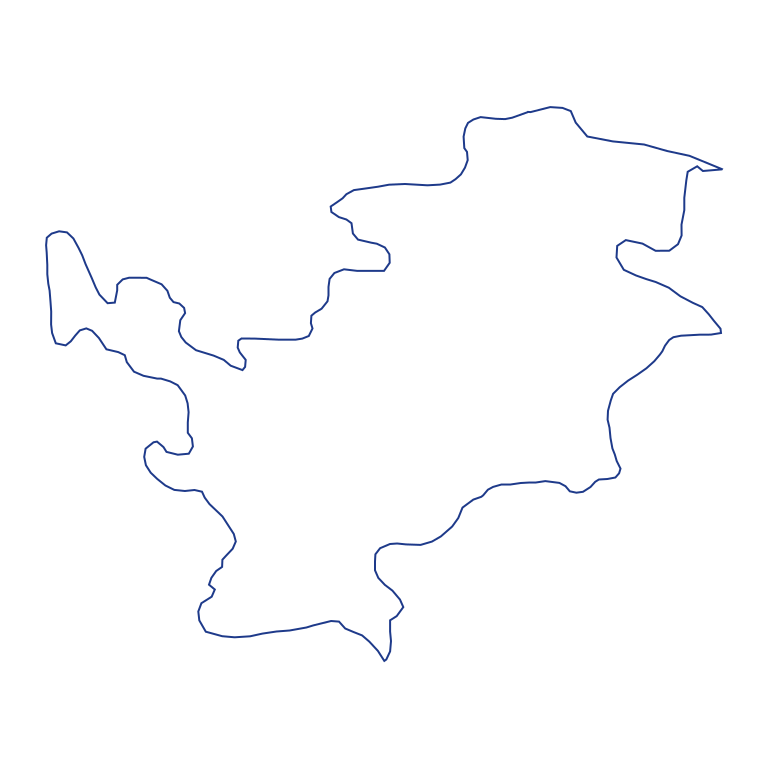 Chachersk, Gomel, Belarus (Albers equal-area conic projection)
{"feature_id": "67162791B26710857863794", "entity_name": "Chachersk", "entity_type": "district", "adm_level": 2, "iso_a3": "BLR", "parent_name": "Belarus", "parent_adm1": "Gomel", "projection": "albers", "projection_center": [30.949, 52.928], "detail": "fine", "context": "isolated", "style": "outline", "palette": "blue", "viewbox_px": 768, "rotation_deg": 0, "n_neighbors": 0, "source": "geoboundaries", "source_scale": "gbopen_adm2", "svg_char_len": 3661}
<svg xmlns="http://www.w3.org/2000/svg" viewBox="0 0 768 768"><path d="M721.0,333.0L720.5,328.7L713.9,320.8L708.8,314.3L702.3,307.1L692.8,302.8L680.4,296.3L668.8,287.7L655.7,282.0L646.3,279.1L636.1,275.5L623.8,269.8L616.5,257.5L617.2,245.9L625.8,240.1L642.5,243.6L655.6,250.8L669.3,250.7L678.0,244.2L681.6,235.5L681.5,224.6L684.3,210.1L684.3,197.8L686.3,180.5L687.7,171.8L697.2,166.3L702.9,171.0L721.7,169.4L721.9,169.1L709.2,163.9L689.4,155.8L667.1,151.0L644.1,144.5L612.8,141.4L587.3,136.5L575.7,122.6L570.8,111.1L562.5,107.9L550.2,107.1L530.5,112.1L527.9,111.9L527.6,112.2L512.2,117.7L505.1,119.1L495.9,118.8L480.6,117.1L473.4,119.5L468.0,122.9L465.3,128.4L463.6,136.6L464.3,148.1L467.0,151.9L467.7,160.1L465.0,167.6L460.9,174.4L455.5,179.2L450.4,182.6L440.1,184.6L427.5,185.3L405.0,184.0L389.0,184.7L378.1,186.7L366.2,188.4L353.9,190.1L346.4,194.2L342.6,198.3L337.2,202.1L330.7,206.5L331.4,212.0L338.9,217.1L346.4,219.5L351.5,223.2L352.9,233.5L358.0,239.6L371.3,242.7L376.8,243.7L384.9,247.5L389.4,254.3L389.7,262.8L384.0,270.9L370.2,270.9L357.4,270.9L344.0,269.3L334.4,273.0L329.6,278.9L328.5,286.9L328.5,295.4L327.5,301.3L321.6,308.7L315.2,312.5L311.4,315.7L310.9,323.2L312.5,328.5L308.8,336.0L302.3,338.6L295.4,339.7L279.4,339.7L254.8,338.6L241.5,338.5L238.3,340.7L237.7,347.6L239.8,352.4L245.7,359.9L245.1,366.9L242.5,370.1L230.7,365.7L223.8,359.9L213.6,355.6L196.0,350.2L185.7,342.5L181.3,337.0L178.9,331.2L180.3,320.2L185.1,313.1L184.1,307.9L179.3,303.5L173.5,302.1L169.8,297.7L167.4,290.8L161.6,284.3L150.4,279.5L146.6,277.8L129.2,277.7L122.7,279.4L117.2,284.8L117.2,290.3L114.8,302.6L107.6,303.2L99.4,294.6L95.7,287.4L91.7,277.9L85.6,264.2L82.2,255.3L78.5,247.8L73.4,238.5L67.0,232.4L64.9,232.1L59.1,231.3L51.6,233.6L46.8,237.7L46.1,245.2L46.7,252.7L47.3,265.0L47.3,274.2L48.3,283.8L49.6,290.6L50.5,301.9L51.2,311.5L51.1,324.5L52.1,333.0L55.8,343.3L65.7,345.4L70.8,341.3L75.3,335.5L79.8,330.4L86.3,328.4L92.1,330.8L98.9,338.0L106.4,349.3L118.3,352.1L124.8,355.2L126.8,362.1L134.0,371.7L143.5,375.8L157.2,378.6L161.0,378.6L170.2,381.4L177.7,385.2L185.2,395.5L187.6,403.3L188.6,412.2L187.8,422.5L187.8,432.8L191.9,438.3L192.9,446.5L188.8,453.7L177.8,454.7L166.5,451.9L163.5,447.1L157.0,441.6L153.5,442.3L145.6,448.7L144.2,456.9L145.9,465.2L150.7,472.7L157.2,478.9L165.4,485.5L174.3,489.9L184.9,491.0L194.5,490.0L202.0,491.7L204.7,497.6L209.5,504.1L222.5,516.5L233.8,534.0L235.8,541.5L232.7,548.7L225.9,555.9L222.4,559.7L222.1,566.9L216.2,571.0L211.4,577.8L209.0,584.7L214.8,589.5L211.7,596.7L201.4,603.2L198.3,611.5L199.3,620.4L205.8,631.7L222.2,636.2L234.6,637.3L250.1,636.3L262.4,633.6L276.5,631.5L289.6,630.5L306.4,627.5L313.3,625.4L331.1,621.0L339.0,621.6L345.2,628.5L353.5,632.0L362.1,635.4L369.3,641.6L377.9,650.9L384.3,660.9L386.3,659.5L390.1,651.4L391.0,641.1L390.1,631.6L390.1,620.3L396.7,616.1L403.3,607.1L400.0,599.6L392.4,590.6L384.9,584.9L378.3,577.9L375.0,570.3L375.0,561.4L375.4,554.3L380.1,548.2L390.0,544.0L397.1,543.5L406.0,544.4L420.6,544.9L431.9,541.6L440.9,536.4L452.2,526.5L458.3,518.0L462.5,507.6L473.3,499.6L481.3,496.8L483.2,495.3L487.9,489.7L493.1,486.9L501.5,484.5L510.5,484.5L520.8,483.0L529.8,482.5L535.9,482.5L545.3,481.1L559.4,482.9L565.5,486.2L569.8,491.3L576.4,492.7L583.0,491.8L590.5,487.0L595.2,481.8L598.9,479.5L607.4,479.0L615.4,477.5L619.1,473.3L620.5,468.6L616.7,461.0L614.8,454.5L612.4,448.4L610.5,438.0L609.5,427.7L607.6,419.7L608.0,410.8L610.8,400.4L613.1,393.8L619.7,387.2L628.1,380.6L637.0,374.9L646.4,368.3L654.3,361.2L659.9,354.6L662.3,351.3L665.0,345.7L669.2,340.0L673.4,337.2L681.0,335.7L690.3,335.2L699.3,334.7L705.4,334.7L711.0,334.6L721.0,333.0Z" fill="none" stroke="#1e3a8a" stroke-width="2"/></svg>